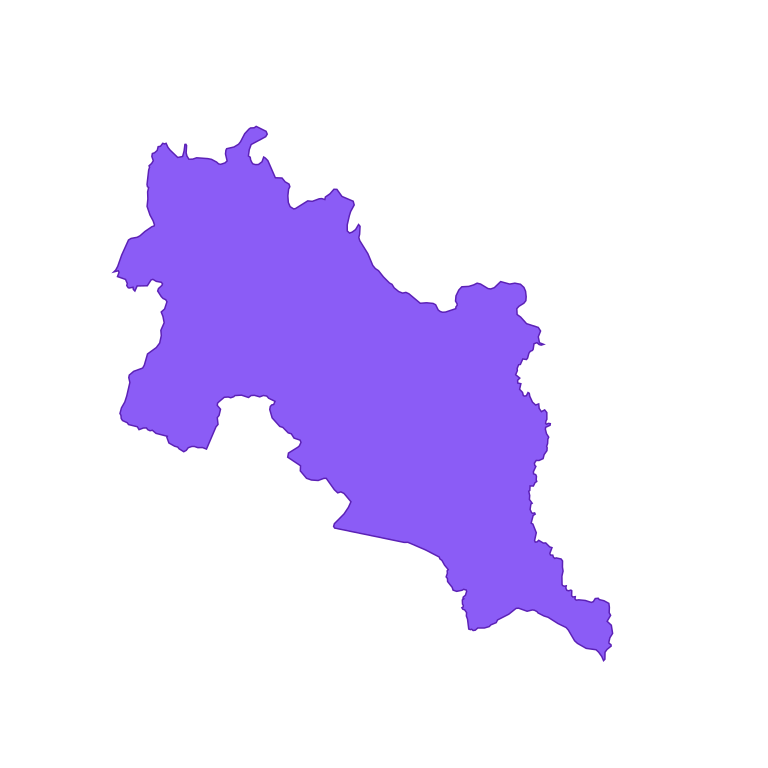 Salemata, Kédougou, Senegal, rotated 16°
{"feature_id": "50182788B75788529380727", "entity_name": "Salemata", "entity_type": "district", "adm_level": 2, "iso_a3": "SEN", "parent_name": "Senegal", "parent_adm1": "Kédougou", "projection": "robinson", "projection_center": [-12.812, 12.604], "detail": "fine", "context": "isolated", "style": "filled", "palette": "violet", "viewbox_px": 768, "rotation_deg": 16, "n_neighbors": 0, "source": "geoboundaries", "source_scale": "gbopen_adm2", "svg_char_len": 6155}
<svg xmlns="http://www.w3.org/2000/svg" viewBox="0 0 768 768"><g transform="rotate(16 384 384)"><path d="M108.2,212.7L106.9,213.7L105.0,213.6L103.6,217.1L101.5,218.1L101.6,222.0L99.7,225.0L97.8,226.3L98.1,229.2L100.7,233.0L99.8,236.1L98.0,239.0L98.9,240.3L98.8,243.1L101.2,257.5L102.2,259.5L103.6,260.1L103.8,264.4L106.0,271.2L107.3,278.6L112.5,286.1L117.1,290.8L119.4,294.2L119.5,295.4L117.5,296.8L112.2,303.2L108.6,308.8L106.3,311.0L100.7,313.8L98.7,316.0L96.3,332.4L95.6,344.3L94.7,348.4L93.4,350.7L97.4,348.4L98.5,349.7L98.2,354.2L106.7,354.7L109.5,358.1L109.6,360.3L111.5,361.9L112.5,362.0L116.1,360.2L117.0,362.2L118.9,363.3L119.7,357.8L129.4,354.8L131.4,348.2L133.0,347.1L136.8,348.1L141.9,347.6L143.5,348.8L143.3,350.5L140.9,354.4L140.8,357.0L145.8,361.4L148.1,362.7L150.9,363.1L152.7,364.8L152.4,372.4L150.0,376.2L152.9,380.0L155.8,385.7L154.7,393.9L156.6,398.9L157.1,406.4L155.1,411.7L148.4,420.3L148.4,432.0L147.6,435.2L139.9,440.8L136.7,445.6L136.9,448.2L139.3,452.6L140.0,466.3L139.8,472.8L138.2,479.3L138.3,485.1L139.8,486.7L140.9,489.6L142.7,491.2L147.9,492.0L149.6,493.4L158.7,493.1L161.1,495.4L164.9,492.6L167.8,491.7L169.4,493.0L172.0,493.4L174.1,492.3L178.4,494.3L190.1,494.0L189.9,495.0L193.5,500.0L199.8,501.5L203.1,501.5L204.9,502.8L210.2,504.3L212.2,502.3L213.4,499.2L216.5,497.0L219.0,496.3L222.6,496.5L227.1,495.1L231.3,495.5L234.3,471.5L235.6,468.6L233.0,462.3L234.1,459.7L233.8,453.3L229.6,450.5L229.3,448.2L230.3,446.5L234.1,440.8L237.9,439.4L240.4,439.5L243.0,437.7L243.9,436.2L250.1,434.0L257.5,434.3L259.4,431.7L262.6,430.6L268.1,430.6L271.2,428.3L274.6,427.9L277.1,429.5L284.0,430.7L283.6,434.1L281.9,435.0L280.9,436.9L281.2,440.0L285.8,447.4L295.5,453.5L298.7,453.6L305.4,457.4L308.6,457.4L312.4,460.8L318.8,461.1L320.3,463.0L319.7,466.8L318.7,468.4L311.2,476.7L311.6,480.9L326.3,485.6L327.5,490.6L335.5,496.0L340.7,496.3L347.3,494.9L352.2,491.3L354.5,490.6L365.4,499.3L369.5,501.4L372.3,499.6L375.7,500.2L384.7,506.3L383.8,512.4L381.4,519.9L374.8,531.9L374.8,534.8L376.3,536.1L447.1,530.7L450.6,529.6L469.4,532.0L484.8,535.1L485.9,536.7L488.3,537.6L492.1,541.4L496.9,544.7L496.2,546.2L497.1,548.5L496.9,552.3L498.6,553.5L499.6,556.4L505.6,560.7L507.2,563.1L511.0,563.3L515.8,560.8L517.2,559.4L519.9,559.4L520.6,560.6L520.5,564.6L518.9,567.0L519.1,568.7L519.8,568.7L518.8,570.0L520.1,573.9L521.3,575.0L521.5,576.5L520.5,577.6L521.9,578.8L523.8,578.9L526.4,581.0L527.1,584.3L529.1,587.0L533.0,596.2L534.8,596.3L535.9,595.6L537.6,596.4L539.6,595.5L541.4,592.7L547.7,590.9L552.0,588.2L553.2,586.0L557.6,582.5L558.2,579.5L567.4,570.9L572.8,563.3L575.1,562.4L584.2,563.0L588.9,560.3L591.0,560.0L594.0,560.7L595.1,561.6L601.7,562.9L606.0,563.0L617.2,566.3L626.2,567.9L629.0,569.7L638.0,578.3L641.4,580.0L651.2,582.4L661.1,581.0L664.2,582.6L668.4,585.9L671.3,589.4L672.2,587.7L670.4,580.9L671.6,577.6L674.6,573.3L674.0,572.0L671.8,571.2L671.3,570.1L671.1,565.6L672.5,560.7L669.0,553.2L663.9,550.6L665.6,543.9L663.5,541.8L662.2,536.5L660.6,532.9L655.2,531.7L650.4,531.9L649.0,530.9L646.2,532.0L645.2,535.5L643.5,536.8L637.1,536.6L630.6,537.8L628.4,538.8L626.8,538.0L626.5,535.7L624.2,536.7L622.7,535.8L621.5,531.0L620.5,530.6L618.4,531.9L616.6,531.9L615.0,530.0L614.8,527.8L613.1,528.7L611.2,528.5L610.4,527.6L608.0,519.7L607.7,514.5L606.0,510.8L604.4,504.9L602.5,503.4L597.4,503.7L596.3,504.6L594.6,503.8L593.4,502.0L591.2,502.5L590.1,501.2L590.6,495.0L588.1,494.9L583.3,492.2L581.0,493.0L575.8,491.6L574.6,493.6L573.0,494.3L571.9,493.0L571.4,485.0L565.7,477.6L563.8,477.2L563.6,469.3L565.2,467.4L564.3,466.4L562.4,467.4L561.2,466.9L559.0,464.3L558.3,458.9L559.3,457.8L555.6,454.9L554.8,451.0L552.7,447.2L553.5,446.2L552.5,441.7L555.7,440.9L556.4,437.2L557.7,435.6L556.7,434.1L556.0,430.7L554.8,429.3L552.5,429.1L551.8,427.1L552.7,421.3L551.4,420.7L550.4,418.6L551.4,415.5L554.1,414.8L557.5,411.9L557.4,407.7L559.0,403.2L558.4,400.3L557.5,399.1L557.7,396.2L556.7,391.9L557.0,389.7L553.9,387.0L551.6,383.0L551.3,381.1L555.0,377.9L554.8,376.3L552.9,376.5L551.2,377.9L550.2,377.3L549.9,375.0L550.3,373.1L548.4,366.6L545.6,364.6L542.9,367.2L539.9,364.7L538.2,360.5L535.5,362.4L531.7,360.5L527.5,355.6L526.2,352.9L524.8,352.5L524.1,356.0L522.5,356.9L521.1,356.7L519.5,353.9L515.8,351.7L515.5,346.0L512.3,346.2L511.4,343.6L512.9,340.9L508.0,338.8L508.5,334.4L507.7,332.4L508.1,328.4L509.7,327.6L510.5,321.7L514.2,321.2L514.9,319.5L514.8,314.5L515.6,312.3L517.4,310.8L517.8,309.5L517.1,304.0L519.6,302.1L522.2,303.3L524.4,303.3L526.5,301.9L522.1,301.5L519.3,296.1L519.9,289.9L516.7,287.1L504.4,286.7L496.9,282.0L492.8,280.5L490.9,275.0L492.3,272.1L496.2,267.8L497.4,264.8L496.6,260.9L494.5,255.8L491.9,252.6L487.7,250.5L482.0,251.0L477.3,253.3L467.9,253.4L463.5,261.0L460.4,263.2L457.7,263.6L449.3,261.3L445.7,261.4L442.9,264.0L438.6,266.8L432.0,269.1L430.0,273.0L428.9,279.4L429.9,284.6L432.2,286.8L432.6,288.3L431.9,290.0L432.2,291.8L423.3,297.9L420.5,298.9L418.1,298.8L415.7,297.9L411.8,293.6L409.0,293.0L402.5,294.2L396.6,296.4L383.1,290.4L379.8,289.9L376.8,291.5L372.7,291.1L367.3,288.8L364.2,286.0L361.4,285.4L353.9,281.2L347.5,276.6L343.8,275.4L340.5,273.1L332.6,263.2L321.2,252.9L319.4,250.1L319.3,246.8L317.5,239.0L315.6,237.7L314.1,243.4L311.6,246.7L309.3,248.4L306.5,247.0L304.8,241.2L304.3,231.8L304.4,227.4L306.0,220.1L304.0,216.8L291.9,215.3L285.1,209.9L282.2,210.6L279.6,216.1L276.1,220.4L276.3,223.0L273.1,222.9L270.7,223.8L264.7,228.2L260.2,229.0L250.5,239.8L248.9,240.6L244.9,239.4L242.0,235.9L239.7,229.6L238.6,223.1L239.1,220.3L237.6,218.0L233.2,216.9L229.2,214.1L222.7,215.7L210.8,201.3L207.6,199.5L205.8,199.0L205.5,204.0L202.8,207.6L200.1,208.5L197.5,208.6L196.0,207.6L194.0,205.3L192.9,202.9L190.8,202.2L189.9,195.9L190.3,190.4L202.1,178.9L202.9,176.0L201.0,173.6L190.1,171.6L188.6,173.5L185.1,174.7L183.9,176.2L181.1,181.8L179.3,190.7L178.1,193.6L174.5,197.5L167.9,201.2L167.6,202.9L168.2,206.5L171.7,212.8L170.2,215.3L166.4,217.9L164.3,218.0L161.9,216.8L156.3,215.6L152.5,215.9L141.5,218.2L138.1,220.6L134.5,221.7L131.7,219.1L130.1,216.3L128.5,209.2L127.5,208.2L126.6,208.6L127.6,215.2L127.7,220.8L123.3,223.1L113.9,218.1L111.1,216.1L108.2,212.7Z" fill="#8b5cf6" stroke="#5b21b6" stroke-width="1.5"/></g></svg>